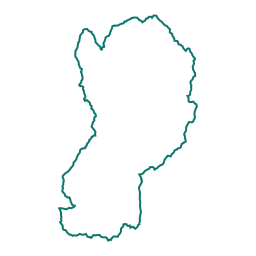 the district of Huaylas, Áncash, Peru
{"feature_id": "86281439B81908215942962", "entity_name": "Huaylas", "entity_type": "district", "adm_level": 2, "iso_a3": "PER", "parent_name": "Peru", "parent_adm1": "Áncash", "projection": "equal_earth", "projection_center": [-77.846, -8.958], "detail": "fine", "context": "isolated", "style": "outline", "palette": "teal", "viewbox_px": 256, "rotation_deg": 0, "n_neighbors": 0, "source": "geoboundaries", "source_scale": "gbopen_adm2", "svg_char_len": 5686}
<svg xmlns="http://www.w3.org/2000/svg" viewBox="0 0 256 256"><path d="M87.1,29.0L84.4,29.3L83.1,30.1L83.0,32.1L80.7,34.6L79.9,36.6L79.7,38.6L79.4,39.7L79.4,41.1L79.1,41.8L78.1,42.6L78.2,44.0L78.0,44.8L77.6,45.5L77.6,47.1L76.7,49.1L75.6,50.4L75.7,51.2L75.2,52.7L75.4,53.8L75.2,54.9L75.4,56.7L76.6,58.2L77.1,59.4L78.4,61.5L78.8,63.2L78.8,64.6L80.1,67.7L80.6,68.5L81.8,68.9L81.5,71.1L80.8,72.0L81.8,73.4L81.9,75.2L82.6,77.5L82.5,79.2L82.4,79.6L81.4,80.5L81.2,82.6L79.2,84.7L79.6,85.7L80.2,86.2L81.1,85.9L83.1,86.8L83.3,87.2L83.1,88.0L83.1,89.8L83.7,90.3L84.2,93.4L85.1,95.3L85.4,96.4L84.9,98.1L84.1,98.7L84.0,99.1L85.1,101.0L85.6,100.9L86.1,100.2L87.0,100.2L88.0,101.1L88.3,101.7L89.0,102.0L89.9,102.9L90.2,104.9L91.5,105.9L91.7,106.8L91.3,108.5L91.4,108.8L92.9,109.6L93.8,111.4L94.2,113.0L95.4,113.8L95.5,114.1L95.9,116.3L95.1,116.7L94.4,117.6L94.3,118.0L94.4,118.5L94.1,119.5L94.3,120.5L93.1,122.0L92.9,122.9L92.6,123.2L92.2,125.1L91.8,125.9L91.6,126.7L91.7,127.1L92.8,128.0L93.6,129.5L94.3,129.9L95.4,131.9L95.5,132.7L95.1,133.2L95.0,133.8L95.3,135.5L93.9,135.5L92.5,136.7L91.7,136.7L91.2,138.4L89.3,140.0L89.5,140.8L89.0,141.2L88.6,142.3L87.3,143.4L86.7,145.3L86.2,146.0L85.5,146.5L85.7,147.2L85.0,148.2L82.2,148.5L82.0,148.9L81.4,149.0L80.2,149.9L79.8,152.5L79.4,153.3L78.0,154.8L77.1,157.0L76.7,157.6L76.5,158.9L75.2,161.0L73.6,162.4L73.4,164.5L72.8,165.9L71.0,167.7L71.0,168.0L68.3,171.4L65.6,173.1L64.9,173.9L64.2,174.4L63.0,175.6L62.7,176.5L62.7,177.5L63.6,179.5L63.8,181.1L63.3,182.7L63.3,184.5L62.4,186.7L63.1,188.1L62.7,188.8L62.3,191.4L64.9,194.4L65.2,195.8L65.4,196.1L67.1,196.9L67.7,197.6L69.1,197.4L69.5,197.5L70.3,199.5L70.5,201.0L72.2,204.9L73.3,205.5L74.7,205.5L74.9,205.6L74.9,205.9L73.6,207.2L71.4,208.1L70.8,208.2L68.9,207.8L67.2,209.0L66.3,209.2L65.0,209.1L62.5,208.4L59.6,208.2L59.1,207.5L59.3,208.7L60.3,210.6L60.8,211.9L61.0,212.9L61.0,215.8L61.4,216.8L61.4,217.4L61.0,218.6L61.4,220.3L61.3,221.1L61.2,221.4L60.2,221.9L60.7,223.3L61.5,224.0L62.8,225.8L62.6,227.2L63.2,229.4L64.3,230.0L65.4,230.1L66.5,231.2L67.7,233.3L69.2,234.0L69.8,234.8L71.1,234.8L72.8,235.8L73.9,235.3L76.5,235.6L78.1,235.0L79.4,233.9L82.8,234.8L84.8,234.4L85.9,233.9L87.4,236.6L88.5,237.0L89.6,237.0L90.9,237.9L91.7,237.4L91.9,236.6L92.8,236.1L93.3,235.2L94.6,235.1L95.5,235.5L96.3,235.2L99.4,234.9L99.7,235.2L100.5,236.2L102.0,237.2L106.1,237.4L107.0,238.2L108.2,240.6L108.4,240.6L109.5,239.6L110.9,240.0L111.1,239.3L112.2,237.7L113.0,237.2L113.5,236.5L114.5,236.4L117.7,236.8L118.4,235.2L120.2,233.3L121.0,231.0L121.1,228.5L123.1,226.5L123.3,225.3L123.7,224.3L124.1,224.5L124.6,224.1L126.2,224.1L126.5,224.2L127.1,225.4L127.7,225.9L128.2,226.0L129.9,225.4L130.1,225.7L130.4,227.7L131.6,227.0L132.6,227.0L133.4,226.8L134.5,228.3L135.3,228.7L137.4,226.9L137.7,225.9L138.2,225.0L139.5,224.2L139.3,223.0L140.0,220.8L139.8,219.7L139.8,217.5L140.3,215.9L140.2,214.4L140.9,212.6L140.9,211.0L140.4,209.8L140.4,208.4L140.1,206.7L140.0,204.3L140.3,202.6L139.7,198.4L139.9,196.5L139.8,195.3L140.1,193.6L139.0,188.1L139.2,186.9L141.0,183.7L142.1,181.3L141.3,180.2L141.3,179.9L141.6,179.4L141.7,179.0L141.1,178.4L140.7,177.0L139.3,174.4L140.8,174.3L142.8,173.6L143.6,172.8L144.5,171.4L145.9,170.3L149.4,168.6L149.8,167.3L151.0,167.0L151.7,167.2L152.6,167.0L153.1,167.2L154.3,168.4L154.4,169.4L154.7,169.7L155.4,168.9L156.8,168.4L158.2,166.9L160.5,165.2L162.3,164.7L163.1,163.8L164.0,162.0L164.6,159.6L167.3,156.3L167.5,155.8L168.4,155.7L169.8,156.3L170.6,156.4L171.9,154.0L173.1,153.1L173.9,152.2L174.2,151.6L174.5,150.5L175.7,150.0L176.2,149.6L176.9,149.5L177.5,148.6L178.7,148.4L180.8,147.3L181.2,145.3L181.7,144.5L181.7,144.0L183.1,143.2L183.6,142.5L184.4,142.5L185.1,142.1L185.8,141.2L184.9,137.6L184.9,136.0L184.1,134.5L184.9,132.3L185.8,131.1L186.1,130.0L186.2,128.1L186.1,127.3L188.9,122.1L192.0,122.3L192.8,121.9L193.2,121.5L193.7,120.0L194.7,118.4L194.8,118.0L194.7,115.1L194.4,113.4L194.5,112.7L195.4,109.6L196.9,106.5L196.3,104.3L194.9,103.5L193.2,101.6L190.7,102.1L189.6,102.0L188.6,101.4L188.6,98.1L187.5,96.0L188.7,95.8L189.7,95.2L190.2,93.9L190.2,92.1L191.2,89.5L191.3,87.8L191.0,87.2L191.4,85.5L190.8,84.5L190.7,82.9L190.4,82.4L190.5,81.7L190.9,81.0L192.7,79.2L193.0,77.8L193.6,76.7L194.7,76.3L195.1,76.0L195.2,73.3L194.2,72.0L193.5,70.1L193.0,69.3L192.9,67.4L192.7,66.3L193.6,64.8L194.0,63.4L193.5,60.7L194.9,59.5L195.0,58.4L194.3,57.8L192.7,55.8L191.8,53.4L190.3,51.7L189.9,50.9L189.7,49.4L189.5,48.7L188.3,48.4L187.3,48.8L186.6,49.6L186.1,50.7L185.7,50.9L184.8,49.8L184.0,49.1L183.2,47.9L182.4,46.0L181.6,45.7L180.5,44.6L179.1,44.6L178.3,43.8L178.1,42.9L178.2,42.3L177.3,41.0L176.2,41.2L175.3,40.8L174.5,40.7L174.4,39.7L173.9,37.7L173.4,37.3L172.2,35.1L172.2,33.8L171.3,33.2L170.4,33.0L169.8,32.3L169.9,30.2L170.1,29.4L168.4,27.9L166.5,25.7L164.7,25.3L162.0,22.0L159.6,20.3L158.8,19.3L157.7,18.4L156.5,15.8L153.9,15.4L153.4,15.8L152.0,17.8L150.9,16.7L150.2,16.9L148.8,16.8L147.9,18.3L146.0,18.7L145.8,19.5L144.8,20.8L142.3,22.3L141.1,20.6L139.5,20.3L138.1,18.6L136.8,17.6L133.9,17.5L132.8,18.0L131.6,17.9L130.6,19.0L130.2,18.9L129.5,19.5L128.1,19.9L126.3,21.0L126.0,21.6L125.1,21.3L124.8,21.5L124.4,21.7L123.5,23.3L122.7,23.4L120.0,24.3L118.3,25.4L115.3,25.7L114.4,25.5L113.8,26.0L112.6,26.1L112.3,26.4L112.1,27.7L111.0,30.7L110.4,31.7L109.8,33.8L109.8,34.4L109.3,34.9L108.6,36.0L107.1,36.4L105.6,37.5L105.1,40.0L104.7,40.7L104.3,41.9L103.7,42.5L103.4,43.9L104.3,46.6L103.9,47.0L103.2,46.7L102.8,46.9L101.9,48.5L101.9,49.4L101.4,49.7L101.0,49.5L100.6,48.7L100.1,46.5L98.6,45.4L97.4,44.3L96.9,43.4L95.8,42.6L95.4,41.3L95.4,39.9L94.9,38.9L93.9,35.8L93.4,34.8L92.6,34.3L91.9,33.2L91.5,32.5L91.5,31.8L90.2,31.7L88.8,31.0L87.1,29.0Z" fill="none" stroke="#0f766e" stroke-width="2"/></svg>